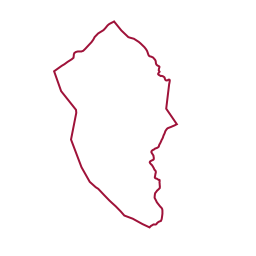 outline of Caridad, Valle, Honduras, rotated 232°
{"feature_id": "27666195B77015637320307", "entity_name": "Caridad", "entity_type": "district", "adm_level": 2, "iso_a3": "HND", "parent_name": "Honduras", "parent_adm1": "Valle", "projection": "albers", "projection_center": [-87.706, 13.817], "detail": "fine", "context": "isolated", "style": "outline", "palette": "rose", "viewbox_px": 256, "rotation_deg": 232, "n_neighbors": 0, "source": "geoboundaries", "source_scale": "gbopen_adm2", "svg_char_len": 5168}
<svg xmlns="http://www.w3.org/2000/svg" viewBox="0 0 256 256"><g transform="rotate(232 128 128)"><path d="M218.2,104.7L198.2,98.0L174.3,98.2L171.8,96.6L154.0,76.0L125.7,67.2L109.1,64.7L101.2,66.1L98.4,67.1L89.8,67.9L82.3,68.7L79.1,69.2L73.9,70.1L66.7,70.9L61.3,71.2L53.6,75.9L47.7,78.4L43.3,80.3L36.4,83.8L36.5,84.3L36.6,84.7L36.6,85.2L36.7,85.5L36.7,85.9L36.6,86.4L36.5,87.2L36.4,87.8L36.4,88.2L36.3,88.6L36.2,88.9L36.1,89.0L35.9,89.2L35.8,89.3L35.6,89.5L35.4,89.8L35.2,90.0L35.0,90.3L34.9,90.5L34.8,90.8L34.8,91.1L34.8,91.3L34.9,91.5L35.0,91.9L35.1,92.2L35.1,92.3L35.2,92.6L35.2,93.1L35.2,93.5L35.2,94.3L34.9,95.5L34.5,96.7L35.1,97.8L35.5,98.5L35.9,98.9L37.5,100.6L39.0,102.1L39.3,102.4L39.7,102.7L40.6,103.4L41.1,103.8L41.6,104.2L42.1,104.5L42.6,104.8L42.8,104.9L43.0,105.0L43.5,105.1L43.9,105.2L44.3,105.2L44.8,105.2L45.5,105.1L46.5,105.0L46.9,105.0L47.1,105.0L48.7,105.0L50.4,105.0L51.4,105.0L51.8,105.0L52.0,105.1L54.5,105.6L56.2,105.9L56.6,106.0L56.9,106.2L57.4,106.7L57.8,107.0L58.5,107.7L59.3,108.5L59.7,109.0L59.8,109.1L60.0,109.5L60.2,110.4L60.6,111.9L60.8,112.5L60.8,112.9L60.8,113.8L60.9,114.2L60.9,114.6L61.0,115.3L61.1,115.8L61.1,116.0L61.3,116.2L61.4,116.3L61.7,116.6L62.3,117.1L62.9,117.5L63.6,117.9L64.4,118.5L65.5,119.2L65.7,119.3L65.8,119.4L66.0,119.5L66.3,119.9L66.6,120.2L66.8,120.3L67.0,120.5L67.5,120.8L67.7,120.7L67.8,120.7L67.9,120.4L68.0,120.3L69.4,119.8L70.3,119.5L70.5,119.4L70.9,119.1L71.1,118.9L71.5,118.7L71.9,118.6L72.1,118.6L72.3,118.6L72.5,118.7L72.7,118.8L73.0,119.1L73.3,119.6L73.7,120.0L74.6,121.0L75.1,121.5L75.3,121.9L75.5,122.1L75.6,122.3L75.8,122.5L76.1,122.7L76.3,122.9L76.5,123.0L76.9,123.2L77.3,123.3L77.5,123.3L77.9,123.3L78.1,123.3L78.5,123.2L78.9,123.2L79.4,123.3L80.2,123.5L80.5,123.6L81.9,123.8L82.4,123.9L82.7,123.9L83.7,124.0L84.1,124.0L84.4,124.0L84.8,123.9L85.3,123.8L85.8,123.8L86.2,123.8L86.5,123.8L86.8,123.8L87.2,123.9L87.4,123.9L87.5,124.0L87.8,124.3L87.9,124.6L88.0,124.7L88.0,124.9L88.0,125.3L88.0,125.5L87.9,125.9L87.8,126.6L87.7,127.0L87.6,127.5L87.5,127.8L87.5,128.1L87.4,128.4L87.5,128.6L87.5,128.9L87.6,129.1L87.9,129.3L88.0,129.5L88.4,129.8L89.0,130.2L89.8,130.6L90.2,130.8L90.7,131.1L90.8,131.1L91.0,131.1L92.0,131.2L93.1,131.3L94.0,131.4L94.4,131.5L94.5,131.5L94.8,131.7L94.9,131.8L95.0,132.0L95.2,132.3L95.3,132.5L95.4,133.0L95.4,133.3L95.4,133.7L95.4,133.9L95.3,134.2L95.2,134.8L95.1,135.1L95.1,135.4L95.1,136.2L95.1,136.6L95.1,136.8L95.0,137.0L94.9,137.2L94.7,137.9L94.6,138.2L94.4,138.7L94.4,139.1L94.3,139.6L94.3,140.1L94.3,140.4L94.4,140.7L94.5,140.9L94.7,141.2L94.8,141.4L95.1,141.7L95.2,141.8L95.3,142.0L95.5,142.3L95.6,142.6L95.8,142.9L96.0,143.6L96.2,144.0L96.7,145.0L97.3,146.2L97.6,146.6L98.0,147.5L98.4,148.5L98.7,149.1L98.9,149.4L99.1,149.7L99.2,150.0L99.7,150.6L99.9,150.9L100.0,151.1L100.2,151.5L100.4,151.7L100.5,152.0L100.8,152.7L101.0,153.0L101.2,153.4L101.4,153.8L101.8,154.4L102.0,154.7L102.3,155.1L102.5,155.4L102.6,155.8L102.8,156.3L103.0,156.9L103.1,157.3L103.2,157.6L103.3,158.0L103.3,158.4L103.4,158.7L103.4,159.0L103.3,159.5L103.2,159.8L103.1,160.2L102.9,160.8L102.6,161.8L102.4,162.4L101.9,164.4L101.7,165.1L101.6,165.5L101.4,166.2L101.1,167.9L100.9,168.8L119.7,170.0L137.4,187.6L138.0,188.4L138.8,189.2L139.3,189.8L139.5,190.0L139.8,190.2L140.0,190.3L140.3,190.4L140.5,190.4L140.8,190.2L141.0,190.0L141.1,189.7L141.2,189.4L141.2,189.1L141.2,188.9L141.2,188.7L141.3,188.5L141.4,188.2L141.5,187.9L141.7,187.7L141.9,187.5L142.1,187.4L142.3,187.2L142.5,187.2L142.8,187.1L143.0,187.1L143.5,187.2L143.8,187.3L144.0,187.3L144.4,187.5L144.8,187.7L145.0,187.8L145.4,187.9L145.7,187.8L146.0,187.8L146.2,187.7L146.7,187.6L146.9,187.5L147.2,187.4L147.6,187.1L148.0,186.9L148.3,186.6L148.5,186.4L148.6,186.2L148.7,185.9L148.8,185.8L149.6,185.5L151.1,184.9L151.4,184.9L151.5,184.9L151.8,184.9L151.9,185.0L152.0,185.0L152.3,185.3L152.4,185.6L152.5,186.0L152.6,186.3L152.7,186.7L152.7,187.0L152.8,187.3L153.0,187.4L153.0,187.5L154.4,187.7L154.5,187.7L154.6,187.8L155.0,188.2L155.4,188.6L155.7,189.0L155.9,189.2L156.2,189.7L156.4,190.0L156.6,190.2L156.7,190.3L156.9,190.4L157.0,190.5L157.4,190.5L157.6,190.4L158.0,190.2L158.9,189.8L159.2,189.7L159.4,189.6L159.7,189.6L160.0,189.5L160.5,189.5L160.8,189.5L161.1,189.6L161.4,189.7L161.7,189.8L161.9,189.9L162.2,190.1L162.9,190.5L163.2,190.7L163.5,190.9L163.8,191.0L164.0,191.1L164.5,191.2L164.9,191.3L165.9,191.3L166.4,191.2L167.2,191.2L167.8,191.2L168.2,191.1L168.4,191.0L169.0,190.7L169.4,190.5L169.8,190.3L170.2,190.0L170.5,189.8L170.7,189.6L170.8,189.5L171.1,189.3L171.4,189.2L171.6,189.1L171.8,189.1L172.1,189.0L172.4,189.0L172.8,189.1L173.2,189.2L173.8,189.4L174.3,189.5L174.5,189.6L175.2,189.9L177.2,190.5L179.1,190.7L181.6,190.7L184.5,190.3L186.7,190.0L189.2,189.5L191.8,188.6L194.7,187.6L197.5,185.5L199.4,184.2L209.0,182.8L220.5,182.6L220.5,182.3L221.0,179.9L221.3,178.3L221.5,176.8L221.4,175.0L220.6,171.5L220.2,168.9L220.9,162.7L220.2,157.7L219.0,155.1L218.1,152.0L217.6,148.7L216.7,143.1L216.4,140.2L217.1,138.2L217.9,137.3L219.3,135.4L220.0,133.7L220.1,131.9L219.4,130.7L218.4,129.8L216.9,128.3L216.8,126.1L217.3,121.1L217.4,117.2L217.8,114.1L218.2,104.8L218.2,104.7Z" fill="none" stroke="#9f1239" stroke-width="2"/></g></svg>